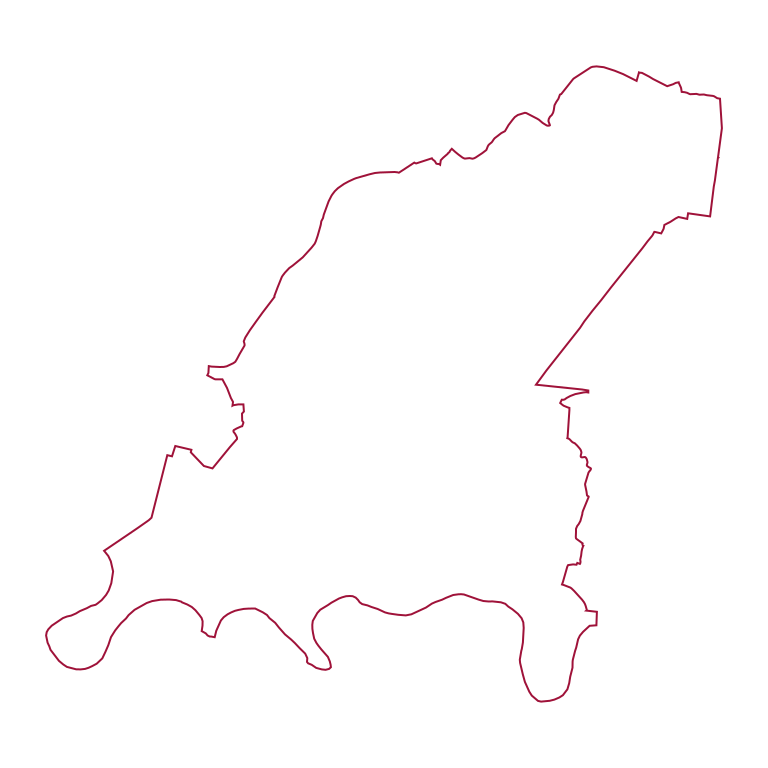 APA, Satu Mare, Romania
{"feature_id": "2599482B68771602818343", "entity_name": "APA", "entity_type": "district", "adm_level": 2, "iso_a3": "ROU", "parent_name": "Romania", "parent_adm1": "Satu Mare", "projection": "albers", "projection_center": [23.208, 47.766], "detail": "fine", "context": "isolated", "style": "outline", "palette": "rose", "viewbox_px": 768, "rotation_deg": 0, "n_neighbors": 0, "source": "geoboundaries", "source_scale": "gbopen_adm2", "svg_char_len": 6051}
<svg xmlns="http://www.w3.org/2000/svg" viewBox="0 0 768 768"><path d="M596.4,625.3L596.9,611.8L586.4,610.6L586.9,610.2L585.7,606.0L585.0,604.1L583.9,602.1L582.0,599.6L574.1,590.9L571.5,588.4L570.4,587.6L563.7,585.0L562.0,584.5L563.0,581.7L567.3,566.6L568.1,565.1L573.1,564.4L576.5,564.7L577.3,562.9L579.9,563.9L580.4,562.9L580.5,561.3L580.2,559.8L581.1,555.7L581.6,551.5L582.1,549.1L583.0,546.5L583.3,545.9L582.9,545.8L582.4,544.3L582.4,543.9L582.6,543.4L576.5,538.9L576.0,538.3L575.8,537.0L576.0,532.1L576.0,528.8L577.2,526.0L578.7,524.1L580.4,521.0L582.3,514.1L582.4,512.8L582.9,511.0L588.7,496.8L588.5,496.4L587.4,495.8L587.0,495.3L586.5,491.6L585.1,484.8L585.1,483.9L588.5,472.6L589.5,471.1L590.2,470.5L590.9,469.1L590.9,468.5L590.5,468.1L588.3,466.9L586.9,465.7L586.9,464.5L587.4,463.0L587.5,462.1L586.8,459.3L586.4,458.5L585.8,457.6L584.9,457.0L582.0,457.4L581.3,457.2L580.9,456.9L580.7,456.3L580.8,455.3L581.4,452.9L581.4,452.2L580.9,450.5L580.5,449.6L579.6,448.4L577.1,445.5L574.7,443.2L573.2,442.6L572.0,441.8L569.7,439.4L568.8,438.7L567.3,438.2L567.6,437.1L567.7,435.7L569.4,410.1L569.4,407.9L567.7,407.4L563.6,405.7L562.0,404.5L560.2,403.0L561.8,399.7L563.2,399.8L564.7,399.4L566.6,398.0L570.3,396.0L575.3,394.1L583.8,392.4L586.2,392.2L588.3,392.5L588.3,390.5L582.1,389.5L536.0,384.7L546.4,370.5L580.0,327.9L584.3,321.4L592.6,310.6L601.2,300.1L611.1,287.3L642.4,248.2L647.5,241.4L652.4,235.5L654.3,231.9L654.8,231.9L661.2,233.4L662.7,230.6L663.6,228.8L664.4,224.9L670.3,221.9L675.7,218.4L678.5,217.0L687.2,218.9L688.1,213.3L710.1,216.4L713.8,186.5L714.9,180.5L717.9,158.0L718.3,157.7L718.0,157.5L721.9,128.2L720.0,98.7L717.2,98.2L714.2,96.3L712.9,95.9L706.8,95.2L703.9,94.5L699.4,94.7L696.5,93.9L690.2,94.2L689.5,94.0L687.1,92.8L684.7,92.2L681.7,91.9L681.1,88.1L680.7,87.0L678.9,83.1L678.7,82.3L675.7,82.9L673.2,84.2L667.2,86.2L653.0,79.0L649.1,76.6L642.0,72.9L640.4,72.7L639.7,72.8L639.0,72.4L636.6,80.9L623.1,74.1L614.6,70.7L603.8,67.2L596.5,66.4L592.5,66.8L590.8,67.4L573.9,78.4L573.1,79.1L561.2,94.1L560.4,94.3L559.9,94.7L558.4,98.8L556.3,101.9L554.5,105.3L553.8,110.0L553.1,112.7L551.8,115.0L550.0,116.7L548.8,118.9L548.5,120.3L548.5,121.4L549.7,124.5L549.9,125.2L549.6,125.5L548.6,125.7L547.5,125.7L546.6,125.4L542.6,122.9L539.0,119.8L537.2,118.7L526.4,113.1L524.9,112.8L517.8,115.0L514.8,117.1L512.7,119.6L508.5,125.1L505.6,130.1L504.9,131.2L501.3,133.1L494.7,138.2L493.7,139.4L492.2,141.7L491.6,142.4L489.4,144.2L488.5,145.1L487.8,146.3L486.4,149.9L486.1,150.2L482.3,153.1L475.5,157.6L473.8,158.4L472.4,158.7L469.5,158.1L464.9,158.6L463.7,158.2L462.4,157.5L458.5,154.6L455.2,151.9L451.8,148.8L450.1,150.7L449.6,151.8L448.7,152.7L448.2,153.0L447.6,153.9L443.2,157.7L440.8,160.2L440.1,164.8L438.9,164.0L437.2,163.9L436.3,163.6L434.8,161.1L432.5,159.3L431.9,158.3L416.3,163.4L415.3,163.2L414.3,162.6L398.9,172.7L397.4,172.3L394.6,172.0L379.9,172.5L374.9,173.0L369.5,174.3L356.2,178.1L354.1,178.9L348.7,181.4L343.9,184.0L337.9,188.2L334.8,191.2L332.8,193.8L331.6,195.5L328.6,201.4L323.8,214.6L323.0,218.1L321.3,221.3L320.8,224.6L320.3,226.5L317.6,236.0L315.8,241.3L314.7,243.7L311.6,247.6L302.8,257.3L292.7,265.6L289.2,268.1L284.9,272.7L282.6,275.7L281.8,277.0L277.6,287.4L274.3,296.2L274.5,296.9L262.6,312.5L255.8,321.9L249.9,330.2L245.3,337.5L243.8,341.2L243.8,341.6L244.4,343.4L244.6,344.9L244.5,345.6L239.5,354.2L237.1,358.8L235.3,361.8L233.3,363.2L226.7,366.3L223.8,366.9L219.8,367.0L211.6,366.6L208.8,366.1L208.4,373.0L207.3,375.3L214.5,379.1L215.4,379.3L222.4,379.3L227.0,387.9L230.9,398.0L232.9,401.7L233.0,402.0L232.5,405.7L233.5,405.2L238.3,404.4L243.4,404.4L243.9,411.5L242.0,413.6L242.2,420.7L243.3,422.2L243.4,422.8L242.2,426.2L241.0,426.5L236.6,428.5L233.8,430.1L233.5,430.5L233.5,431.6L233.8,432.2L234.9,433.5L235.9,435.2L236.9,437.3L237.0,437.8L237.0,439.0L229.9,447.1L212.5,468.4L203.9,466.0L190.8,452.3L191.4,449.8L175.3,446.0L172.0,456.3L167.3,455.2L151.5,517.7L148.8,520.2L137.7,528.0L104.1,550.8L108.3,556.0L110.8,561.3L113.1,571.4L111.3,583.2L108.7,590.5L106.1,594.9L101.7,600.1L97.6,603.4L95.6,604.8L91.1,605.9L86.8,608.2L79.9,611.1L75.9,613.5L71.1,615.6L67.0,616.5L62.9,618.1L51.7,625.7L48.3,629.3L46.7,632.1L46.1,635.5L47.6,642.7L49.3,646.3L50.5,649.8L58.9,660.8L63.3,664.5L66.9,666.9L76.1,669.3L80.6,669.4L85.1,668.9L88.5,667.8L92.0,666.2L96.7,663.7L102.3,658.4L105.4,651.9L108.3,645.2L111.0,637.1L115.2,630.4L118.6,626.1L121.1,623.1L126.0,618.5L128.6,615.1L134.6,609.8L146.7,603.0L152.1,601.1L160.6,599.7L169.1,599.5L176.1,600.1L181.4,601.7L181.9,602.3L187.3,604.5L191.8,607.0L195.4,610.2L199.3,614.9L201.6,618.0L202.6,621.2L202.5,625.7L201.7,631.1L205.8,633.4L207.6,635.5L209.7,636.5L210.9,636.5L214.7,637.2L216.3,630.7L220.9,620.5L223.7,617.2L227.6,614.3L231.2,612.4L235.0,610.8L238.6,609.9L243.8,608.9L248.6,608.6L255.1,608.5L262.8,612.3L267.0,615.0L269.4,618.1L275.2,622.8L278.9,627.5L285.0,634.4L291.1,639.5L294.8,643.0L299.7,648.2L305.2,653.6L307.3,658.1L307.0,661.9L308.1,663.3L311.7,664.8L316.2,667.9L321.8,669.4L325.6,669.8L329.1,668.9L330.9,667.2L330.6,664.7L329.8,661.4L327.9,656.9L321.4,649.5L318.3,645.6L316.4,642.9L314.2,638.7L313.0,633.0L312.4,628.9L312.3,624.8L312.8,620.9L317.3,613.0L320.3,609.7L327.9,605.1L331.4,602.7L339.0,598.5L342.2,597.3L346.1,596.2L349.9,596.0L352.7,596.2L355.7,597.6L358.0,599.9L359.7,602.3L362.2,604.1L367.5,605.4L371.5,607.0L377.7,609.0L385.0,612.4L388.7,613.4L391.8,613.9L398.2,614.8L405.8,615.4L411.4,614.3L425.9,607.6L431.9,603.6L435.5,602.0L442.1,599.7L446.1,597.8L453.2,595.0L458.4,594.3L461.1,594.2L463.1,594.4L464.0,594.5L478.6,599.6L483.3,601.0L488.7,601.5L492.5,601.4L500.9,602.3L505.3,603.8L508.3,606.6L512.4,609.3L517.9,613.8L521.6,618.2L523.3,622.4L523.7,627.9L522.9,642.5L521.8,649.0L521.3,650.8L519.8,659.7L520.1,662.9L522.8,674.3L524.9,681.9L529.3,691.7L531.8,695.6L538.0,700.9L541.1,701.6L549.7,700.8L554.4,699.6L559.3,697.5L562.9,695.2L567.4,689.3L569.2,683.2L570.2,676.8L572.5,667.7L572.6,661.7L572.8,659.9L575.1,650.9L576.2,647.6L578.1,639.3L579.9,635.6L583.1,631.8L589.6,625.8L596.4,625.3Z" fill="none" stroke="#9f1239" stroke-width="2"/></svg>